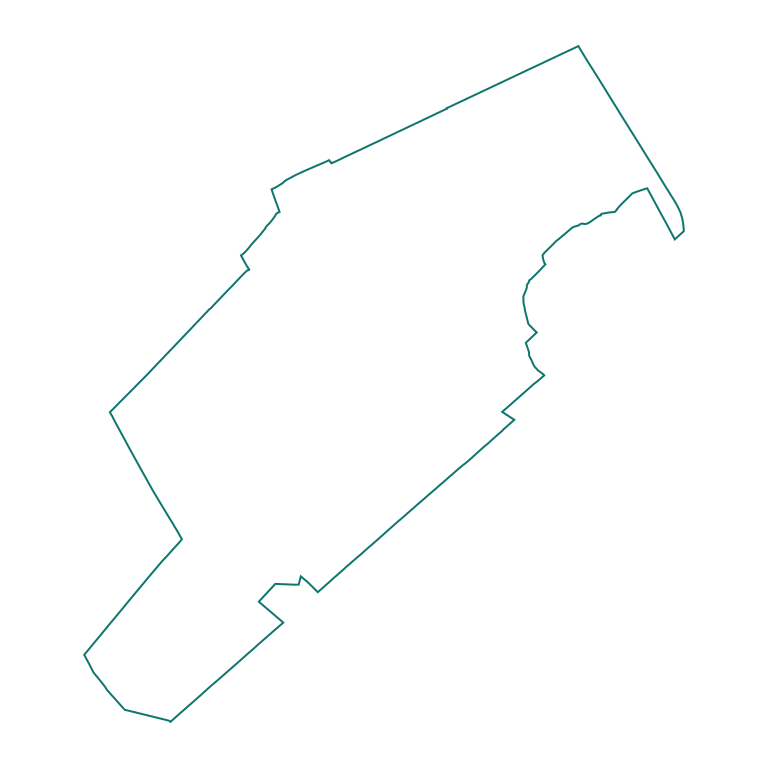 the district of Stalpu, Buzau, Romania
{"feature_id": "2599482B31548531217148", "entity_name": "Stalpu", "entity_type": "district", "adm_level": 2, "iso_a3": "ROU", "parent_name": "Romania", "parent_adm1": "Buzau", "projection": "robinson", "projection_center": [26.725, 45.071], "detail": "fine", "context": "isolated", "style": "outline", "palette": "teal", "viewbox_px": 768, "rotation_deg": 0, "n_neighbors": 0, "source": "geoboundaries", "source_scale": "gbopen_adm2", "svg_char_len": 4802}
<svg xmlns="http://www.w3.org/2000/svg" viewBox="0 0 768 768"><path d="M170.4,721.9L176.9,716.1L179.0,714.2L184.6,709.3L194.1,701.0L196.9,698.5L201.0,694.9L208.8,687.8L213.9,683.4L218.6,679.4L229.4,669.9L237.0,663.3L248.0,653.5L253.0,649.2L257.9,644.7L264.8,638.7L273.8,630.8L278.6,626.7L283.3,622.6L258.9,601.8L260.0,600.4L275.3,583.9L295.0,584.7L298.7,584.6L300.8,576.4L307.9,582.3L317.8,592.2L318.6,591.5L328.2,583.0L333.6,578.1L336.4,575.7L338.9,573.5L341.5,571.2L343.8,569.2L346.1,567.0L347.9,565.5L352.2,561.7L355.7,558.7L361.1,554.1L368.7,547.3L374.2,542.6L377.4,539.8L397.8,521.6L401.1,518.9L417.8,504.2L421.6,501.0L426.8,496.4L430.6,493.1L432.5,491.5L434.3,489.9L435.8,488.7L437.0,487.6L438.7,486.1L441.2,483.9L443.4,482.1L447.0,478.9L448.3,477.7L449.9,476.3L452.7,473.9L455.6,471.4L458.3,469.0L460.6,467.1L461.9,466.0L463.7,464.5L464.4,464.1L467.0,462.0L471.8,457.8L474.1,455.6L477.3,452.8L479.7,450.6L483.0,447.6L484.2,446.6L485.4,445.6L487.0,444.3L488.1,443.4L489.5,442.1L490.7,440.9L494.6,437.5L500.7,432.1L501.7,431.3L502.9,430.1L503.2,429.6L514.3,419.8L502.2,411.9L507.1,407.6L510.3,404.8L513.8,401.7L518.0,398.0L521.3,395.1L533.7,384.1L537.4,381.3L544.2,375.4L543.6,374.6L541.1,372.6L538.4,370.7L537.7,370.1L535.3,367.4L534.4,366.3L533.9,365.6L532.9,363.4L531.4,359.9L530.2,357.8L529.6,356.7L529.3,355.8L529.1,355.3L529.1,353.8L529.1,352.8L528.9,351.7L526.7,345.4L526.3,344.2L525.8,342.8L536.7,332.5L529.2,324.9L528.3,323.7L524.8,309.7L524.8,308.2L523.9,304.8L523.5,302.4L523.4,299.9L523.5,298.1L523.2,297.2L523.7,295.6L524.6,293.4L525.7,290.6L526.2,289.5L526.5,288.6L526.8,287.8L526.8,287.2L526.8,286.4L526.8,285.9L526.9,285.4L527.2,284.7L527.4,284.2L527.6,283.8L528.1,283.2L528.8,282.2L529.0,281.4L529.2,280.4L530.8,279.3L534.9,275.3L539.6,270.5L545.4,264.3L544.4,263.0L543.6,260.7L542.9,258.3L542.9,257.2L542.5,255.9L542.7,255.0L544.5,252.6L548.2,249.1L553.3,244.0L555.0,242.1L556.4,240.9L559.8,238.2L562.6,235.8L563.9,234.8L568.4,230.9L569.4,230.0L571.3,228.4L571.8,227.9L573.1,227.2L573.6,226.9L575.0,226.5L575.9,226.2L578.4,225.5L579.7,224.5L580.8,223.9L581.7,223.6L582.2,223.6L583.1,223.7L584.1,224.0L585.4,224.0L586.4,223.8L588.2,223.2L591.5,221.0L597.9,216.5L600.8,215.3L600.7,214.5L602.0,213.7L609.7,212.4L614.7,212.0L616.8,209.9L616.7,209.5L619.7,206.0L621.9,203.7L632.4,193.3L633.8,192.8L638.2,191.2L644.3,189.2L647.2,188.3L649.2,192.0L650.5,194.3L654.2,201.2L660.3,212.5L666.4,223.6L674.8,239.4L681.0,233.7L683.7,231.3L683.7,230.6L683.8,230.0L683.4,225.9L683.4,225.7L683.3,224.8L683.3,224.5L682.7,220.9L682.7,220.5L681.8,216.8L681.1,214.5L680.7,213.2L680.4,212.3L679.1,209.6L677.6,206.3L677.4,206.0L675.7,203.0L674.0,200.1L670.9,195.2L662.8,182.2L658.4,174.9L647.2,157.0L640.7,146.5L621.4,115.6L621.3,115.4L619.9,113.2L616.6,107.8L616.4,107.5L607.9,93.8L600.9,82.4L593.8,71.1L587.0,60.4L584.8,56.8L579.2,47.5L578.4,46.1L525.3,71.1L469.0,97.7L446.7,108.2L446.9,108.7L444.9,109.6L442.0,111.0L439.6,112.1L436.8,113.4L431.3,116.1L427.5,117.9L423.4,119.8L421.0,121.0L417.8,122.5L415.8,123.4L414.0,124.3L411.0,125.7L409.1,126.6L405.7,128.2L400.7,130.6L398.0,131.8L394.6,133.5L392.2,134.6L390.0,135.7L384.8,138.1L381.9,139.5L378.5,141.2L373.2,143.6L366.9,146.6L359.9,149.9L353.5,152.9L348.9,155.1L344.8,157.0L339.7,159.5L336.7,160.9L333.3,162.5L331.7,163.2L331.4,162.5L331.3,162.4L330.7,162.6L329.2,160.2L323.1,162.9L313.8,166.9L305.5,170.5L295.9,174.9L285.6,180.4L282.5,183.2L276.7,186.8L271.6,189.4L272.6,192.5L274.1,196.8L275.6,201.0L278.0,207.5L279.4,211.5L279.5,212.1L279.0,212.2L277.9,212.7L277.3,213.0L276.7,213.5L276.0,214.1L274.8,216.4L274.1,217.3L272.6,219.4L270.4,222.2L265.9,226.9L265.1,228.7L263.4,230.8L260.5,234.5L258.1,237.2L251.5,244.4L248.3,248.5L244.6,252.6L243.8,253.3L242.9,254.0L241.0,255.4L242.2,257.7L243.3,259.7L244.3,261.5L246.5,265.4L247.5,267.1L248.4,268.4L249.0,269.0L249.2,269.4L249.2,269.7L248.9,270.1L248.5,270.2L248.2,270.2L247.9,270.3L247.6,270.4L247.0,270.6L246.4,271.2L246.1,271.5L245.8,271.8L244.6,272.9L242.3,275.2L240.4,277.2L238.5,279.2L234.7,283.2L231.8,286.3L228.2,289.9L224.5,293.8L220.2,298.3L213.8,305.0L210.8,308.3L209.6,309.0L207.8,310.9L191.5,328.1L185.2,334.7L146.7,375.1L112.0,410.1L109.9,412.2L110.2,412.8L110.5,413.3L111.1,414.4L111.9,415.6L113.1,417.9L114.7,421.2L121.4,433.5L123.6,437.6L124.1,438.4L125.0,440.2L129.5,448.5L134.4,457.4L136.0,460.3L138.8,465.4L147.0,480.1L153.2,491.2L169.6,518.4L173.1,523.9L174.6,526.7L176.1,529.1L177.6,531.6L181.9,539.2L179.2,542.5L175.2,546.9L172.0,550.4L167.4,555.6L161.4,562.0L146.8,579.3L133.3,595.5L117.7,614.4L108.1,625.9L99.9,635.9L84.4,654.6L84.2,654.8L84.7,655.7L89.6,664.8L90.1,665.9L93.6,672.6L98.1,678.1L102.4,683.3L103.0,684.2L105.0,686.8L107.2,690.2L121.7,706.4L124.8,709.8L138.7,713.2L164.7,719.6L169.3,720.8L170.4,721.9Z" fill="none" stroke="#0f766e" stroke-width="2"/></svg>